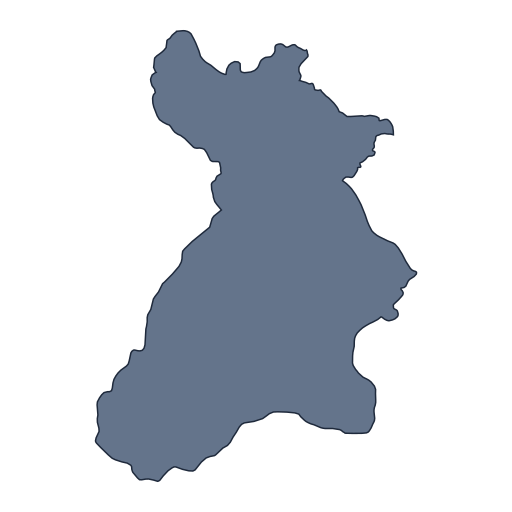 the district of Lao Cai, Lào Cai, Vietnam
{"feature_id": "81297802B32838967164839", "entity_name": "Lao Cai", "entity_type": "district", "adm_level": 2, "iso_a3": "VNM", "parent_name": "Vietnam", "parent_adm1": "Lào Cai", "projection": "albers", "projection_center": [103.995, 22.419], "detail": "fine", "context": "isolated", "style": "filled", "palette": "slate", "viewbox_px": 512, "rotation_deg": 0, "n_neighbors": 0, "source": "geoboundaries", "source_scale": "gbopen_adm2", "svg_char_len": 5971}
<svg xmlns="http://www.w3.org/2000/svg" viewBox="0 0 512 512"><path d="M306.5,50.0L306.2,50.3L305.7,50.4L304.5,50.5L303.1,50.0L300.4,48.4L298.7,47.7L297.6,47.1L296.8,46.5L295.5,45.2L294.9,44.8L294.2,44.7L292.9,44.8L292.1,45.0L288.5,46.8L287.6,47.1L286.6,47.1L285.7,46.9L282.7,44.5L281.2,44.0L280.4,43.9L278.5,44.1L277.3,44.5L276.3,44.9L275.7,45.5L275.2,46.4L275.0,47.4L275.0,50.8L274.8,51.4L274.3,52.9L272.7,55.0L271.4,56.4L269.9,56.9L265.6,57.4L264.1,58.1L262.6,59.1L261.3,60.2L260.3,61.7L258.7,65.7L257.9,67.3L256.7,68.7L254.6,70.5L250.8,72.0L246.5,72.5L244.4,72.7L242.4,72.3L241.2,71.8L240.4,70.3L240.3,69.4L240.2,65.4L240.1,63.6L238.1,61.9L234.6,61.6L231.2,63.2L228.9,65.2L226.9,69.0L226.1,73.1L226.2,73.7L226.1,74.2L225.9,74.4L224.9,74.4L221.6,73.2L219.4,72.0L216.3,69.8L210.9,65.3L206.6,62.7L205.1,61.6L202.7,59.2L200.5,56.3L198.9,50.9L195.8,43.2L193.9,39.2L191.0,33.8L189.4,32.4L187.4,31.4L185.0,30.8L183.1,30.7L176.4,31.3L176.0,32.1L174.7,33.0L172.2,35.2L169.9,38.3L167.5,39.9L167.0,40.5L166.6,43.8L166.2,46.6L166.2,47.5L163.8,50.4L161.8,52.2L159.6,53.9L156.9,55.8L154.8,57.9L154.5,59.0L153.9,65.3L153.6,67.5L153.9,68.0L155.5,71.7L156.1,72.4L155.4,72.6L152.2,74.9L151.1,77.6L150.6,79.4L150.9,81.7L151.8,84.8L152.1,85.7L154.6,89.1L154.9,91.1L155.3,91.9L155.3,92.6L153.6,94.6L152.9,96.6L152.6,98.5L152.9,103.2L153.8,107.0L157.2,115.8L159.5,119.6L163.1,122.2L166.7,124.1L169.4,125.1L170.8,126.8L172.9,130.0L174.9,132.3L177.9,134.3L180.7,135.5L184.8,138.5L193.5,147.2L194.9,147.9L196.9,148.2L199.7,148.0L202.4,148.5L204.4,149.4L206.7,152.7L210.4,160.3L212.2,161.4L212.9,161.5L218.2,161.6L219.0,162.0L219.6,162.7L220.7,167.9L220.6,170.3L221.1,172.6L221.1,173.2L220.8,173.8L217.0,176.2L216.0,178.1L215.6,179.7L214.8,180.6L213.1,181.7L211.9,183.0L211.4,184.2L211.7,189.5L212.8,193.5L213.2,195.5L213.4,197.4L214.8,201.6L216.7,204.3L221.4,210.0L213.8,216.2L212.2,218.5L209.7,227.2L192.3,241.4L184.6,248.9L182.7,251.2L182.2,254.4L182.0,258.8L181.3,262.0L179.0,266.4L172.4,274.1L164.5,282.1L162.6,283.7L158.5,292.0L155.0,296.5L153.4,299.0L150.8,309.5L147.8,314.7L147.2,317.5L147.2,321.9L146.5,326.5L145.9,329.0L145.0,344.8L144.0,348.3L142.3,350.3L140.0,350.9L138.1,350.8L134.6,350.0L133.5,350.1L131.9,351.3L130.9,352.9L129.2,360.9L128.2,364.1L126.4,366.1L120.8,370.2L118.1,372.9L115.9,375.9L114.0,379.3L113.0,382.9L112.3,388.2L111.5,390.7L109.5,391.7L107.5,391.7L104.0,392.6L101.7,394.8L99.5,397.9L97.4,401.9L97.1,404.9L97.9,415.0L97.3,418.6L97.4,422.3L98.9,428.2L99.1,431.4L96.1,437.9L95.5,440.8L95.7,441.8L96.5,443.1L100.9,447.7L108.2,454.8L112.1,458.2L115.4,459.8L121.9,461.9L127.2,463.1L130.8,465.2L131.6,466.6L131.8,469.2L132.2,470.8L132.9,472.4L137.5,477.9L139.5,479.7L141.7,479.8L145.6,479.1L148.6,479.0L153.7,480.1L157.6,481.3L158.6,481.0L159.8,480.3L163.2,475.9L168.1,470.7L172.0,467.9L174.0,466.9L175.8,466.9L182.4,469.3L188.7,470.8L192.9,471.0L195.1,469.9L201.4,462.0L206.2,457.9L210.0,456.5L214.5,455.6L215.6,454.9L222.8,448.1L227.5,445.4L230.3,442.2L233.1,437.0L236.3,432.2L239.2,427.1L241.6,424.3L244.3,422.9L254.0,421.4L262.6,418.6L266.0,416.2L269.3,413.7L273.4,412.0L277.8,411.8L287.0,412.1L294.9,412.9L298.8,414.1L300.8,416.8L304.5,420.3L306.2,421.6L308.5,422.8L311.0,423.9L313.8,424.7L320.9,427.7L323.0,428.2L325.0,428.5L332.6,428.5L339.7,429.6L341.3,430.4L342.8,431.7L344.3,432.5L345.1,433.2L353.3,433.4L361.9,433.3L366.3,432.9L368.0,432.2L369.2,431.0L371.2,427.8L372.8,424.0L373.9,421.9L374.4,420.6L374.7,418.3L374.0,411.9L374.0,409.9L374.4,407.5L375.2,405.2L375.7,402.5L375.7,399.8L375.5,393.7L375.6,389.4L374.4,386.1L371.1,382.0L368.7,380.1L366.7,379.0L364.6,378.0L362.9,377.1L358.4,373.0L357.1,371.2L355.5,369.3L353.2,365.5L352.5,363.1L352.6,356.0L352.9,352.4L354.2,346.3L354.3,341.1L354.7,338.1L355.6,335.7L357.2,333.0L359.7,330.4L362.5,327.9L365.7,325.8L369.7,323.5L372.8,322.1L377.7,319.5L381.0,316.9L381.8,317.1L384.6,319.2L386.8,320.3L388.3,320.7L389.3,320.7L392.5,319.9L395.0,318.8L397.2,316.9L397.9,315.9L398.1,314.9L398.1,313.5L397.6,311.8L397.2,310.7L396.3,309.9L394.0,308.7L393.5,307.8L393.3,304.9L394.2,303.8L398.5,299.8L401.8,296.1L402.8,294.8L403.1,293.7L403.1,292.5L402.2,290.7L401.1,289.6L400.9,288.8L401.0,288.1L404.0,287.5L405.8,286.2L408.1,281.2L409.6,279.4L414.1,276.5L416.3,274.1L416.5,273.2L416.5,272.3L416.1,271.8L415.2,271.3L413.5,270.8L411.8,269.9L410.3,268.4L405.8,261.3L402.1,254.1L399.8,250.4L398.3,248.0L395.2,244.4L393.1,243.0L387.3,240.7L379.4,236.8L376.8,235.3L375.2,234.0L373.7,232.8L371.8,230.8L369.0,225.4L367.3,221.3L365.2,215.0L361.1,204.8L358.8,200.3L355.8,194.9L351.5,188.8L349.2,186.3L346.4,183.6L342.5,180.7L343.2,179.3L344.1,178.4L345.9,177.1L348.2,177.0L350.6,177.4L351.8,177.4L352.5,177.1L353.4,176.4L354.2,175.5L356.8,171.4L357.6,169.5L357.6,167.7L358.2,167.4L360.2,167.3L360.5,167.1L360.8,166.8L360.7,166.0L359.9,164.2L359.9,163.3L360.0,162.9L362.5,161.8L365.4,159.5L366.1,158.7L367.1,157.3L368.4,156.3L369.1,156.1L371.9,156.0L374.1,155.0L374.7,153.5L375.0,152.2L374.8,151.9L374.4,151.5L372.8,150.8L372.6,150.5L372.5,149.8L372.7,149.2L373.9,147.8L374.2,147.2L374.3,146.0L374.0,144.3L374.0,143.0L374.4,141.9L375.4,140.2L375.8,136.8L376.5,135.9L377.4,135.4L378.7,135.1L381.4,133.9L384.8,133.5L387.4,134.0L390.7,134.1L393.4,134.8L393.3,131.2L392.7,126.8L392.1,125.3L391.1,123.5L389.8,121.6L388.1,120.0L387.0,119.4L384.9,119.4L380.7,120.6L379.6,120.7L379.2,120.5L378.9,118.2L376.6,116.7L374.4,116.1L370.7,115.5L369.4,115.5L364.3,116.4L363.1,116.0L361.9,115.8L350.6,116.5L347.0,116.5L342.6,113.0L339.2,111.7L337.9,108.7L336.8,106.9L333.9,103.2L328.7,98.0L326.1,96.1L321.3,91.2L321.1,90.5L320.8,90.1L320.3,89.9L318.1,90.4L315.1,89.9L314.5,89.2L314.4,88.0L313.3,84.7L312.8,83.8L312.4,83.5L311.6,83.4L310.3,83.8L309.6,83.9L308.9,83.8L305.9,82.4L301.6,81.2L300.2,80.6L299.4,80.5L300.0,79.4L300.7,77.1L300.9,76.2L300.8,75.3L299.7,73.1L299.1,71.8L298.9,70.5L298.9,67.9L299.1,67.0L301.1,63.7L307.8,56.6L308.0,56.0L307.9,54.5L307.5,53.6L307.1,51.1L306.5,50.0Z" fill="#64748b" stroke="#1e293b" stroke-width="1.5"/></svg>